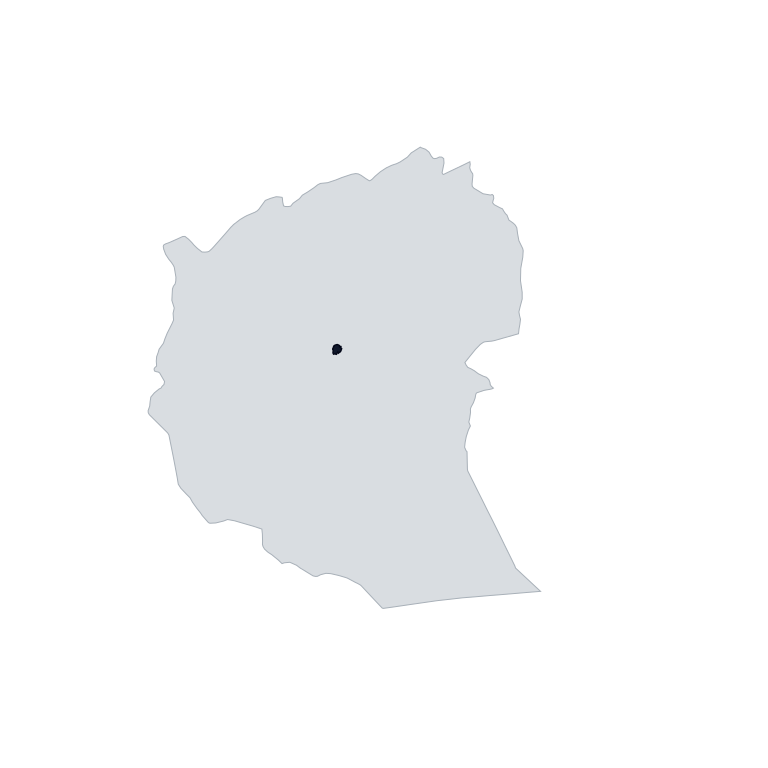 Addis Ababa highlighted on a map of Ethiopia, rotated 43°
{"feature_id": "ETH-3133", "entity_name": "Addis Ababa", "entity_type": "Administrative State", "adm_level": 1, "iso_a3": "ETH", "parent_name": "Ethiopia", "parent_adm1": "", "projection": "robinson", "projection_center": [38.784, 8.965], "detail": "fine", "context": "in_parent", "style": "filled", "palette": "ink", "viewbox_px": 768, "rotation_deg": 43, "n_neighbors": 0, "source": "natural_earth", "source_scale": "10m", "svg_char_len": 4444}
<svg xmlns="http://www.w3.org/2000/svg" viewBox="0 0 768 768"><g transform="rotate(43 384 384)"><path d="M205.5,526.1L204.9,525.4L201.9,522.6L199.1,519.1L197.4,515.1L195.8,511.9L194.9,504.6L192.9,500.2L190.8,494.7L187.8,484.4L186.5,480.8L184.0,478.4L181.5,476.1L178.8,471.5L171.8,467.5L169.1,464.3L164.5,458.8L163.3,456.1L163.0,453.3L161.5,450.7L159.0,447.8L150.9,441.6L148.7,440.8L145.8,440.1L141.5,439.5L135.9,438.1L130.9,435.6L128.7,433.9L128.1,432.7L128.6,430.7L130.4,427.2L133.9,419.0L136.2,413.4L137.8,411.8L142.2,411.4L146.9,411.6L150.3,412.0L155.0,412.1L160.8,411.6L163.1,409.7L164.9,407.6L165.6,406.2L165.9,402.5L165.9,399.6L165.6,388.4L165.4,381.5L165.1,373.6L165.2,372.1L165.2,370.1L166.6,361.7L168.0,356.9L168.9,354.3L172.5,346.3L173.2,343.8L173.3,341.4L172.0,330.7L174.4,325.6L177.4,320.6L180.0,318.5L182.2,317.0L183.2,317.6L185.7,319.9L189.0,322.2L190.5,321.7L192.8,319.7L194.5,317.6L194.2,313.8L195.8,306.1L195.5,301.6L197.1,296.1L198.9,288.3L199.7,283.3L200.7,280.7L205.5,275.2L209.7,267.5L212.3,261.9L217.3,252.7L219.8,249.4L221.9,247.9L225.0,247.0L230.6,246.2L234.7,245.4L235.3,244.2L235.7,242.3L235.8,238.2L236.6,231.2L238.3,224.3L240.4,219.0L241.6,216.7L242.9,214.4L244.4,210.5L246.4,202.1L246.3,196.4L249.0,186.0L249.6,186.0L254.3,184.0L258.8,183.7L263.2,185.1L266.0,185.4L267.3,184.7L268.6,183.0L269.7,180.2L271.5,178.7L273.9,178.4L277.2,181.5L282.4,189.9L283.8,190.4L284.6,190.2L287.2,183.5L289.3,178.2L293.1,168.5L295.2,162.9L297.2,164.5L299.2,167.4L301.5,168.7L304.0,169.5L305.2,169.6L306.7,170.8L312.0,177.7L313.8,179.3L316.3,179.5L326.7,177.3L333.0,173.2L333.9,171.6L335.6,171.6L337.7,173.4L338.5,175.1L339.8,177.4L342.3,177.7L348.3,176.1L351.2,175.1L353.6,175.9L356.8,176.6L358.8,176.6L363.5,178.9L369.2,178.2L371.8,178.3L374.6,179.2L379.1,182.9L384.9,187.2L393.2,190.4L394.9,191.6L399.0,196.6L405.2,206.2L413.4,215.4L422.4,222.6L427.1,227.6L430.4,233.8L433.5,239.3L436.7,241.7L439.7,243.6L442.8,247.9L445.1,251.5L448.1,255.5L444.8,261.0L440.3,268.4L435.1,277.0L433.6,279.1L429.0,284.3L428.2,285.8L427.4,289.5L427.3,296.4L427.9,305.1L428.5,313.1L431.0,314.1L433.9,314.7L437.2,313.6L441.0,312.7L445.9,312.2L451.2,310.6L454.4,309.2L457.7,309.3L460.6,310.7L462.1,312.0L464.1,312.5L466.8,312.4L466.3,313.9L464.8,316.1L463.0,318.4L461.4,320.6L457.9,327.1L457.8,327.9L458.3,329.2L460.2,332.1L462.2,336.8L463.3,341.2L464.2,343.3L466.6,345.7L470.1,350.7L472.0,354.0L475.8,355.8L477.1,360.1L480.0,366.3L483.1,371.3L486.1,375.3L489.5,376.8L490.9,376.9L497.9,384.1L503.3,389.6L504.6,390.5L514.3,394.1L525.5,398.3L534.4,401.6L545.8,405.9L557.0,410.0L567.6,414.0L582.4,419.7L594.3,424.2L603.7,427.8L605.7,428.9L639.9,428.9L631.5,438.1L622.0,448.6L612.1,459.5L605.6,466.6L595.5,477.8L587.0,487.1L578.3,497.3L570.4,506.5L560.1,519.3L553.5,527.5L543.1,540.5L536.5,548.6L535.5,549.1L526.1,548.5L517.0,547.9L505.3,547.1L503.9,547.1L500.5,547.9L498.5,548.6L490.1,550.8L488.5,551.4L481.5,554.9L474.4,559.0L470.6,562.1L467.7,566.7L466.5,570.0L465.2,571.4L463.0,572.7L448.0,575.8L443.7,576.2L436.7,578.6L433.0,582.8L431.9,584.9L426.9,584.8L418.1,585.4L414.4,586.1L412.6,586.2L409.2,586.2L406.5,585.4L404.6,584.3L402.4,581.8L397.3,576.6L393.6,573.4L385.5,577.1L378.2,580.8L367.9,586.0L362.0,589.8L360.2,593.5L355.7,600.4L351.6,604.6L350.1,605.1L340.9,604.2L337.6,603.4L332.1,602.6L324.7,601.1L319.7,599.5L314.4,599.3L306.6,598.8L301.9,597.6L297.0,593.8L290.8,589.2L284.4,584.5L277.8,579.7L270.0,574.1L261.5,568.0L259.5,567.4L258.7,567.3L249.4,567.0L239.8,566.7L233.3,566.5L231.2,565.8L229.7,564.4L227.7,559.9L225.2,556.7L222.4,552.6L222.1,547.1L222.9,541.1L223.7,539.1L223.3,537.1L223.4,534.4L221.8,531.8L212.3,528.9L210.8,529.2L209.2,530.2L207.4,531.0L206.1,530.3L205.3,529.2L205.3,527.4L205.5,526.1Z" fill="#d9dde1" stroke="#a8b0b8" stroke-width="1"/><path d="M326.9,386.2L327.1,386.8L327.3,386.9L328.2,386.9L328.9,387.0L329.8,389.1L330.0,389.8L330.0,390.6L329.9,391.1L329.7,391.5L329.6,391.9L329.7,392.4L329.4,392.4L329.0,392.3L328.3,392.1L328.4,392.8L328.9,394.2L328.9,394.8L328.4,395.1L327.9,395.0L327.5,395.1L327.2,395.9L326.9,396.5L326.2,396.4L325.5,396.0L325.1,395.6L324.5,394.7L324.2,394.3L323.8,394.0L323.5,393.8L323.3,393.8L323.0,393.7L322.7,393.3L322.4,393.0L322.3,392.7L322.1,391.8L322.0,391.5L321.7,391.2L321.6,390.9L321.7,390.6L321.4,390.2L321.6,389.3L322.1,388.3L322.7,387.3L323.3,386.8L323.7,386.7L325.1,386.3L325.5,386.3L325.9,387.0L326.0,387.1L326.9,386.2Z" fill="#0f172a" stroke="#020617" stroke-width="1.5"/></g></svg>